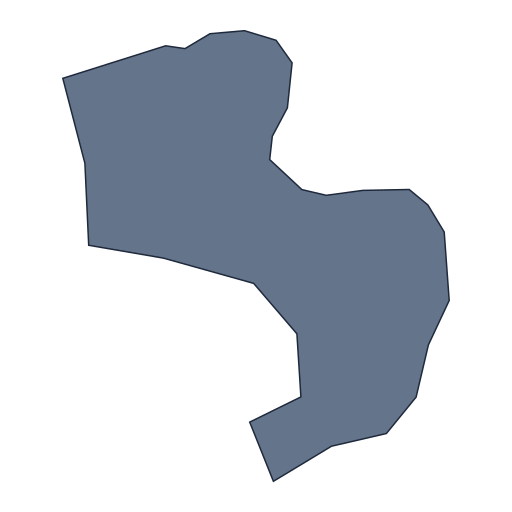 an SVG outline of Royal Borough of Windsor and Maidenhead
{"feature_id": "GBR-5703", "entity_name": "Royal Borough of Windsor and Maidenhead", "entity_type": "Unitary Authority", "adm_level": 1, "iso_a3": "GBR", "parent_name": "United Kingdom", "parent_adm1": "", "projection": "albers", "projection_center": [-0.692, 51.465], "detail": "fine", "context": "isolated", "style": "filled", "palette": "slate", "viewbox_px": 512, "rotation_deg": 0, "n_neighbors": 0, "source": "natural_earth", "source_scale": "10m", "svg_char_len": 481}
<svg xmlns="http://www.w3.org/2000/svg" viewBox="0 0 512 512"><path d="M244.5,30.7L276.1,40.3L292.1,62.9L287.4,107.8L272.3,136.3L269.7,159.6L301.9,189.6L326.2,195.3L362.7,190.4L409.2,189.5L427.9,205.0L444.2,232.0L449.2,300.5L428.4,344.9L416.1,397.1L386.4,433.5L331.5,446.2L273.4,481.3L249.7,422.1L300.9,396.9L296.9,333.8L253.7,283.4L163.3,258.1L88.7,245.3L84.9,163.3L62.8,78.3L165.6,45.8L185.0,48.6L210.0,33.7L244.5,30.7Z" fill="#64748b" stroke="#1e293b" stroke-width="1.5"/></svg>